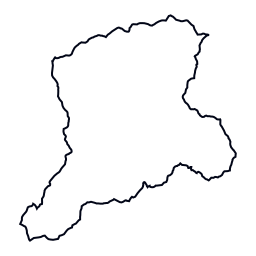 outline of Martshala, Samdrup Jongkhar, Bhutan
{"feature_id": "84629894B7321058523370", "entity_name": "Martshala", "entity_type": "district", "adm_level": 2, "iso_a3": "BTN", "parent_name": "Bhutan", "parent_adm1": "Samdrup Jongkhar", "projection": "equal_earth", "projection_center": [91.734, 26.99], "detail": "fine", "context": "isolated", "style": "outline", "palette": "ink", "viewbox_px": 256, "rotation_deg": 0, "n_neighbors": 0, "source": "geoboundaries", "source_scale": "gbopen_adm2", "svg_char_len": 5738}
<svg xmlns="http://www.w3.org/2000/svg" viewBox="0 0 256 256"><path d="M30.0,240.6L33.8,238.0L38.6,237.4L40.8,237.0L43.1,235.9L44.8,235.6L46.8,237.8L48.4,239.1L50.3,239.5L53.1,239.8L58.1,238.9L59.5,235.8L61.7,235.2L64.0,234.2L66.7,230.6L68.2,229.1L70.7,227.9L72.0,227.5L72.4,225.3L74.6,224.1L75.9,223.6L78.7,220.3L80.1,219.5L80.1,216.8L80.3,215.2L80.4,211.9L80.5,210.9L81.5,208.5L81.6,207.9L81.7,206.2L84.1,204.4L85.2,204.1L86.3,203.3L86.9,202.6L87.4,202.3L88.9,202.4L91.0,201.8L94.4,202.7L96.8,203.5L97.9,203.4L100.8,203.7L102.9,203.7L103.6,203.3L105.7,203.1L106.1,203.0L107.4,203.0L108.6,202.5L109.4,201.6L113.1,199.9L113.7,199.5L114.0,199.1L119.8,202.1L121.5,202.4L122.9,201.9L125.3,200.4L126.0,200.3L126.4,200.7L129.1,201.2L129.3,200.9L129.7,199.8L131.0,197.8L132.0,196.8L133.2,197.5L135.2,196.7L137.5,193.3L140.0,190.3L142.2,188.1L143.0,186.5L143.0,185.8L143.3,185.1L143.2,183.3L143.6,182.5L144.2,182.1L145.2,182.6L145.3,183.2L146.2,184.3L146.7,185.2L146.9,186.2L147.4,186.6L147.6,187.1L148.3,186.4L149.7,185.8L149.8,186.4L150.3,186.9L151.7,187.2L153.0,187.2L154.2,186.8L155.2,186.1L155.6,185.6L157.0,185.6L161.9,185.0L163.9,182.7L166.3,182.0L167.2,179.9L167.4,177.6L167.8,176.2L168.3,175.7L170.0,175.2L171.5,174.0L171.9,173.5L172.5,172.3L172.6,171.2L173.3,170.1L173.8,167.9L175.0,166.6L176.5,166.0L177.2,166.0L177.8,165.4L179.1,164.9L180.3,163.4L182.0,164.9L185.9,165.3L186.6,165.5L187.6,166.1L188.3,168.0L189.1,168.0L190.5,167.0L191.3,167.0L191.0,169.1L191.5,170.2L192.8,170.1L194.1,171.1L194.9,171.5L196.2,172.9L196.7,173.1L196.8,172.7L198.2,171.8L199.5,172.3L200.7,173.2L201.5,173.9L202.0,175.1L202.3,176.3L203.5,177.0L205.0,178.5L206.0,179.2L207.0,179.4L208.7,180.4L209.3,179.9L211.3,177.7L213.5,177.8L215.1,176.9L216.7,177.1L217.5,177.4L218.0,177.4L218.7,176.7L220.2,176.3L221.2,175.6L222.1,174.9L222.9,173.2L223.6,172.1L224.4,171.3L227.9,171.1L229.2,170.6L229.9,170.5L230.0,168.1L230.3,167.3L230.4,166.5L231.3,164.8L232.0,161.9L232.5,160.5L232.5,159.6L233.1,158.7L233.8,157.8L235.5,156.8L235.6,154.5L235.8,153.9L235.7,153.2L233.5,150.0L232.8,149.6L232.4,148.8L231.2,147.4L230.3,144.9L230.2,143.4L230.4,141.8L229.7,140.0L229.5,139.5L228.5,138.4L228.5,137.6L227.8,136.1L225.5,134.2L225.1,133.3L224.0,130.6L221.6,126.3L220.9,125.6L220.3,124.3L220.4,119.9L220.1,119.3L219.3,119.5L217.5,119.4L216.7,119.1L215.5,118.0L213.7,116.9L211.9,116.5L211.0,116.6L209.7,116.2L207.4,116.2L206.2,115.6L205.0,116.0L204.3,116.7L202.8,117.0L201.9,116.8L199.9,115.3L199.5,114.2L198.9,113.9L198.4,113.3L198.0,112.0L197.3,110.5L194.6,109.0L193.5,109.3L192.1,109.2L191.1,109.3L190.1,108.6L189.5,107.7L189.4,107.2L188.9,106.3L187.9,104.6L186.8,103.5L185.8,102.8L184.7,101.5L183.9,99.5L183.0,98.2L182.7,96.9L183.0,95.6L183.7,94.6L185.3,92.9L186.0,89.4L187.3,87.6L187.3,85.0L187.7,81.9L188.2,80.9L191.1,78.7L192.5,78.4L194.2,78.2L194.3,75.5L195.0,72.4L195.1,71.0L195.9,68.2L196.5,67.4L196.7,66.2L196.4,65.6L196.4,64.6L197.3,64.0L197.1,61.3L196.5,60.2L195.8,58.9L195.3,57.3L194.7,56.4L195.1,55.8L197.7,54.3L198.6,52.6L199.6,51.6L199.6,50.8L199.9,49.4L199.5,45.4L200.1,44.3L200.4,43.4L201.6,41.8L202.0,40.5L202.3,39.9L203.7,38.2L206.0,36.2L207.1,35.4L209.0,35.0L207.3,34.5L205.5,34.4L204.0,33.7L202.6,33.7L201.3,34.4L197.6,34.6L197.1,33.6L196.1,32.1L195.6,31.1L194.8,29.8L194.4,29.0L193.5,26.0L191.5,24.7L187.6,20.6L186.2,20.3L182.7,21.2L180.9,21.2L179.7,20.7L177.0,20.0L176.0,19.7L174.8,18.4L173.1,16.8L172.3,16.3L171.7,16.2L170.7,15.4L170.2,15.6L168.8,16.0L165.9,20.6L165.5,20.6L164.2,20.4L162.1,20.4L160.9,20.7L158.8,21.5L156.2,22.9L154.4,24.3L152.9,25.0L152.3,25.5L151.2,25.5L150.1,25.3L148.0,24.1L144.3,23.2L141.6,23.1L140.0,23.1L138.2,23.7L137.1,24.4L133.2,24.2L132.1,24.6L130.5,27.2L129.6,28.0L129.5,28.7L129.5,29.8L128.9,31.4L128.5,31.7L127.0,31.7L124.7,31.0L122.0,28.7L121.2,28.4L120.5,28.4L119.7,27.8L118.6,27.6L117.3,28.0L112.2,31.3L109.6,33.5L107.8,34.7L105.9,37.1L104.4,36.3L103.1,36.1L102.0,35.6L101.0,35.7L99.4,35.2L98.1,35.2L96.8,35.9L94.5,36.6L93.3,37.4L92.1,37.6L89.8,38.8L88.7,39.5L87.5,41.4L85.5,42.7L82.4,42.5L81.6,42.3L81.0,42.6L79.0,43.8L78.0,44.9L76.8,45.7L75.1,47.2L74.4,48.1L73.3,50.2L72.4,52.1L71.9,53.7L71.3,54.4L70.3,55.2L69.1,55.6L65.9,55.3L63.0,56.6L62.0,56.9L61.0,56.9L59.5,57.4L58.8,57.9L57.2,58.2L55.7,58.1L55.3,57.4L55.0,57.4L53.3,60.1L52.8,61.4L52.3,61.4L52.5,62.0L52.5,62.9L52.9,65.5L52.0,73.0L52.1,75.5L53.1,77.4L54.6,79.0L56.3,81.3L57.2,82.8L57.7,84.3L57.5,85.8L57.5,86.2L58.2,87.0L58.4,88.0L58.2,89.3L58.3,91.0L58.2,94.5L58.0,96.3L58.7,97.6L59.6,99.4L61.9,102.1L62.5,105.7L63.5,107.9L65.1,109.9L66.5,111.1L67.4,112.2L67.6,113.2L67.7,115.6L67.8,116.3L68.8,117.6L69.0,118.6L69.0,119.3L68.7,120.7L68.7,121.7L68.3,122.8L68.2,125.4L68.0,126.1L67.2,127.2L65.2,128.3L63.7,128.9L63.5,130.7L63.5,131.8L64.1,134.2L65.5,135.5L65.9,136.6L64.9,139.2L65.1,140.1L66.6,141.9L66.9,142.4L67.4,144.3L68.5,145.4L68.8,145.9L69.7,147.8L70.9,149.2L71.4,150.0L71.6,151.0L71.6,151.8L71.3,152.3L70.2,153.0L69.4,153.3L68.7,154.1L67.6,154.3L66.4,154.9L65.7,155.5L65.5,156.1L65.5,156.7L66.0,158.6L66.0,160.0L65.6,160.8L65.0,164.3L62.1,167.6L61.0,169.1L60.3,170.5L59.5,171.7L58.9,172.3L57.1,173.5L54.4,175.8L50.2,180.9L49.5,182.2L49.6,182.8L50.2,183.9L50.1,185.2L49.7,185.6L48.4,186.0L47.9,186.3L45.3,189.1L44.5,190.8L44.5,191.8L44.2,192.9L43.8,195.5L43.5,196.5L42.0,198.7L42.1,202.5L42.0,203.7L41.9,204.1L40.6,204.3L40.0,204.6L39.5,205.9L39.2,206.4L38.0,207.2L37.2,208.1L36.9,208.6L36.5,207.6L35.6,205.9L34.7,204.8L33.2,203.8L33.1,204.3L32.2,205.7L31.3,206.2L30.2,206.3L29.2,206.6L28.3,207.0L27.8,207.4L26.7,210.7L26.1,211.8L23.3,215.0L22.1,216.9L21.9,218.0L21.9,220.1L20.2,224.0L22.3,225.0L24.1,226.1L25.3,226.6L26.1,228.1L26.8,230.6L27.0,233.2L28.2,236.2L28.7,238.2L29.2,239.7L30.0,240.6Z" fill="none" stroke="#020617" stroke-width="2"/></svg>